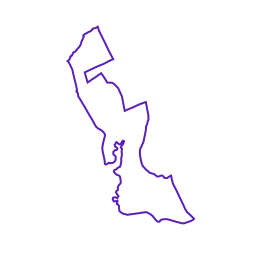 the district of Nain Feto, Dili, East Timor, rotated 347°
{"feature_id": "22284137B75963303915609", "entity_name": "Nain Feto", "entity_type": "district", "adm_level": 2, "iso_a3": "TLS", "parent_name": "East Timor", "parent_adm1": "Dili", "projection": "equal_earth", "projection_center": [125.588, -8.569], "detail": "fine", "context": "isolated", "style": "outline", "palette": "violet", "viewbox_px": 256, "rotation_deg": 347, "n_neighbors": 0, "source": "geoboundaries", "source_scale": "gbopen_adm2", "svg_char_len": 4090}
<svg xmlns="http://www.w3.org/2000/svg" viewBox="0 0 256 256"><g transform="rotate(347 128 128)"><path d="M171.9,231.4L170.2,228.5L168.2,225.3L166.7,223.4L165.4,219.6L164.6,215.3L162.8,207.5L161.3,200.4L159.6,193.7L159.3,192.2L159.2,190.4L159.1,187.7L159.3,185.1L159.3,184.1L158.6,184.1L156.8,184.8L154.7,185.6L152.4,184.9L151.3,182.7L150.3,181.9L148.8,181.9L147.3,182.1L145.5,181.9L144.1,180.1L143.0,178.7L141.2,177.7L139.0,176.5L138.2,175.2L136.5,173.1L135.0,170.5L133.8,168.2L133.4,165.9L133.3,163.8L133.5,157.9L134.1,154.3L134.7,152.3L135.7,150.3L137.2,148.8L137.8,147.7L139.7,145.5L140.7,143.4L141.4,141.8L144.0,136.2L145.4,132.8L145.9,130.6L147.5,128.5L148.8,125.8L149.7,124.7L150.2,122.7L150.8,119.5L150.8,117.5L150.9,115.7L150.9,113.0L151.1,111.0L151.2,108.2L151.3,106.9L150.3,106.7L149.7,106.9L145.0,107.4L140.7,108.3L137.0,109.1L131.9,109.9L128.7,110.6L128.9,102.9L129.0,100.3L129.2,95.9L128.0,89.9L127.3,86.8L125.6,84.0L124.0,81.5L123.0,80.7L122.0,80.1L120.9,79.8L119.4,79.5L117.8,78.9L117.3,76.9L116.6,74.8L115.7,72.2L114.2,68.6L110.8,69.9L109.3,70.5L107.8,71.2L103.8,72.6L101.7,73.5L98.9,74.5L98.7,71.1L98.4,66.2L98.4,64.1L105.5,62.5L112.2,61.1L115.9,60.5L119.7,59.8L125.7,58.2L129.1,57.6L127.8,52.9L126.4,47.2L124.5,38.8L122.6,30.9L121.6,26.3L121.3,22.5L121.0,22.6L120.6,22.8L120.3,23.0L120.0,23.1L119.8,23.1L119.6,23.2L119.4,23.2L119.2,23.2L118.2,23.3L117.8,23.3L117.6,23.3L117.0,23.2L116.7,23.2L116.3,23.3L116.0,23.4L115.9,23.5L115.5,23.7L115.3,23.8L115.3,24.0L114.9,24.3L114.6,24.6L114.4,24.7L114.0,24.9L113.6,25.1L113.1,25.3L112.6,25.4L112.5,25.5L112.0,25.5L111.6,25.5L111.3,25.6L111.1,25.6L110.4,25.8L110.1,26.0L109.4,26.2L108.3,26.5L107.9,26.6L107.7,26.7L107.1,26.8L106.9,26.8L106.6,27.0L106.0,27.4L105.8,27.5L105.4,27.6L105.2,27.8L105.5,29.0L105.4,29.1L105.2,29.3L105.1,29.5L104.9,29.6L104.8,29.9L104.5,30.2L103.7,31.4L103.4,31.8L103.3,32.0L103.2,32.1L102.8,32.5L102.5,32.8L102.4,33.0L101.9,33.7L101.8,33.8L101.4,34.8L101.1,35.2L101.0,35.4L100.8,35.6L100.7,35.9L100.5,36.1L100.4,36.3L100.2,36.5L99.9,36.9L99.7,37.1L99.5,37.4L99.3,37.5L99.1,37.7L98.7,38.0L98.4,38.3L98.2,38.5L97.8,38.7L97.5,38.9L97.1,39.1L96.7,39.3L96.5,39.6L96.2,39.9L96.0,40.1L95.8,40.2L95.7,40.3L95.2,40.5L94.7,40.7L94.5,41.2L94.1,41.5L93.2,42.0L92.3,41.9L91.5,42.3L91.4,42.7L89.1,45.2L88.4,45.1L87.8,45.4L87.5,46.6L86.8,47.6L86.0,48.3L85.4,48.6L84.1,49.2L85.0,50.6L85.7,53.0L86.6,57.4L87.0,59.0L86.8,61.0L86.9,66.6L86.9,70.6L87.0,75.6L86.9,78.3L86.8,79.7L86.4,80.0L86.2,80.2L86.0,80.4L86.0,80.8L86.1,81.1L86.2,81.5L86.4,81.6L86.6,81.7L86.8,81.9L86.9,83.1L86.7,85.7L86.7,86.2L87.3,87.7L88.8,92.3L91.2,99.8L92.6,104.6L93.8,108.4L95.0,111.9L96.0,115.7L97.2,119.6L97.9,120.5L98.5,121.5L99.7,122.5L102.2,125.0L103.6,127.5L104.0,128.9L104.0,129.6L103.2,131.7L102.2,133.3L100.1,137.7L98.4,141.7L98.0,146.3L98.0,153.0L97.5,158.0L98.0,158.5L99.0,158.5L100.3,158.2L101.2,157.6L103.6,158.5L105.6,158.5L108.0,157.3L109.0,155.6L109.6,152.9L108.7,151.7L107.8,150.2L108.4,147.9L110.1,146.8L111.6,146.8L112.5,146.6L113.0,145.8L112.5,144.3L111.3,143.3L111.2,141.4L111.9,141.0L112.9,139.4L113.8,139.2L114.9,141.0L116.5,142.3L117.7,141.5L119.2,139.8L120.1,139.2L121.2,140.0L120.5,141.3L119.5,142.5L117.8,144.0L116.6,145.5L117.5,147.1L116.5,149.3L116.4,150.3L116.0,153.0L114.9,155.3L114.3,156.9L113.9,159.2L112.9,161.5L111.6,163.9L110.2,164.2L108.6,164.7L107.2,165.7L105.4,165.9L104.5,166.9L104.6,168.1L105.9,170.4L107.1,171.4L108.5,172.3L109.2,173.3L109.2,175.9L108.7,179.7L107.7,180.7L106.3,181.6L104.8,183.3L104.3,186.0L102.4,187.0L101.7,188.1L102.4,189.8L103.4,192.2L101.7,193.9L100.2,192.7L97.9,192.5L97.1,193.9L97.6,196.3L100.3,196.6L101.3,196.5L101.3,197.3L100.4,198.0L100.1,199.7L101.2,200.4L101.6,201.7L101.0,206.6L101.0,207.2L103.5,210.1L107.8,212.4L111.2,212.7L117.5,213.3L123.2,213.7L127.2,214.2L130.3,216.9L132.2,219.3L133.9,222.9L134.9,224.9L136.1,226.1L137.4,226.3L138.3,225.8L139.2,225.0L140.9,224.8L143.2,225.1L144.6,225.3L147.7,226.7L154.0,230.3L159.0,232.9L160.1,233.3L161.8,233.5L163.7,233.2L165.7,233.0L167.7,232.8L170.5,232.2L171.9,231.4Z" fill="none" stroke="#5b21b6" stroke-width="2"/></g></svg>